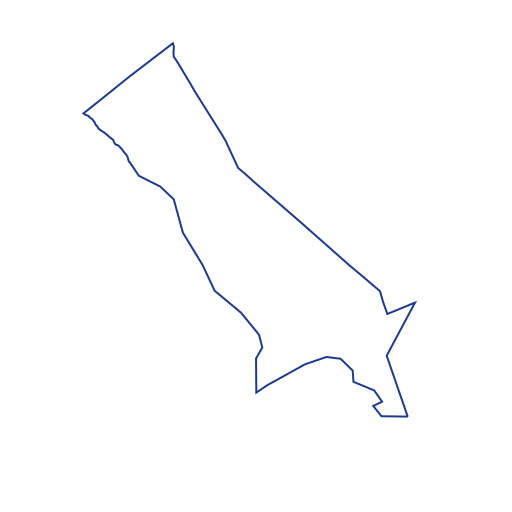 outline of Renk, Upper Nile, South Sudan, rotated 319°
{"feature_id": "79223893B54015778886033", "entity_name": "Renk", "entity_type": "district", "adm_level": 2, "iso_a3": "SSD", "parent_name": "South Sudan", "parent_adm1": "Upper Nile", "projection": "natural_earth1", "projection_center": [32.947, 11.291], "detail": "fine", "context": "isolated", "style": "outline", "palette": "blue", "viewbox_px": 512, "rotation_deg": 319, "n_neighbors": 0, "source": "geoboundaries", "source_scale": "gbopen_adm2", "svg_char_len": 1146}
<svg xmlns="http://www.w3.org/2000/svg" viewBox="0 0 512 512"><g transform="rotate(319 256 256)"><path d="M265.1,476.7L265.1,476.8L289.2,417.0L345.4,395.5L344.6,395.2L317.1,385.9L321.5,374.7L326.5,363.9L322.5,337.5L320.4,324.6L313.7,273.9L312.7,266.0L304.7,209.8L303.0,197.9L301.9,188.4L300.3,177.8L307.9,151.5L308.4,150.5L309.1,146.3L309.2,146.0L310.0,141.6L317.7,92.1L319.4,83.5L319.5,83.3L320.8,75.5L323.3,61.8L324.5,54.0L324.6,51.7L326.0,49.8L328.1,47.4L329.7,45.9L330.6,44.9L331.7,43.6L332.8,40.9L324.4,40.4L277.8,37.5L252.7,36.6L219.3,35.2L220.0,37.7L221.4,40.2L221.5,42.7L222.2,45.4L221.8,49.8L221.1,51.5L221.3,53.9L220.8,55.8L221.0,58.4L222.4,63.1L223.1,67.0L223.5,70.2L224.4,74.8L223.5,76.9L223.2,78.9L223.3,80.2L224.3,81.5L224.7,83.3L224.9,87.5L224.5,90.9L224.5,94.3L224.2,96.5L223.2,98.8L222.1,101.1L222.2,102.7L220.2,118.6L229.3,140.8L231.1,159.3L216.1,190.5L209.8,227.6L202.0,255.1L207.5,289.0L206.6,317.5L200.7,329.2L188.8,333.4L166.6,359.3L179.8,360.9L222.0,369.9L242.9,378.4L252.4,389.0L253.8,405.9L247.0,414.9L257.0,435.0L255.6,448.7L246.1,446.1L245.6,459.3L265.1,476.7Z" fill="none" stroke="#1e3a8a" stroke-width="2"/></g></svg>